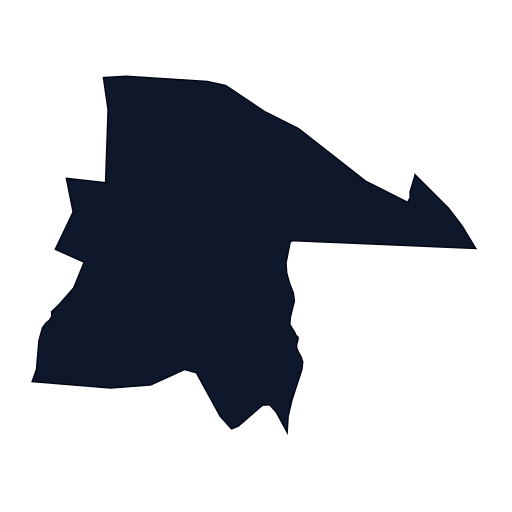 SVG path tracing the border of South Cotabato, rotated 182°
{"feature_id": "PHL-2599", "entity_name": "South Cotabato", "entity_type": "Province", "adm_level": 1, "iso_a3": "PHL", "parent_name": "Philippines", "parent_adm1": "", "projection": "natural_earth1", "projection_center": [124.747, 6.32], "detail": "fine", "context": "isolated", "style": "filled", "palette": "ink", "viewbox_px": 512, "rotation_deg": 182, "n_neighbors": 0, "source": "natural_earth", "source_scale": "10m", "svg_char_len": 973}
<svg xmlns="http://www.w3.org/2000/svg" viewBox="0 0 512 512"><g transform="rotate(182 256 256)"><path d="M218.7,80.9L230.2,100.5L237.1,107.7L244.3,107.2L267.8,85.3L274.4,82.4L286.2,94.6L311.5,137.2L323.5,140.1L356.7,123.5L396.7,119.0L475.3,122.7L471.4,135.0L470.0,163.7L466.9,176.8L463.4,181.8L460.0,184.9L457.9,188.6L458.4,193.1L451.1,200.6L437.1,217.7L427.5,243.8L456.8,255.7L440.3,293.6L448.2,327.0L408.9,324.0L408.9,396.8L414.7,429.0L391.9,431.1L310.8,428.7L292.2,425.3L252.8,400.8L217.7,384.6L149.0,334.6L106.3,314.9L103.9,319.9L104.3,325.2L99.9,342.2L99.9,342.7L99.5,342.3L65.3,310.5L50.8,292.8L36.8,271.3L36.7,271.2L219.8,272.6L222.3,271.4L225.8,250.0L224.7,239.9L221.6,230.1L217.4,220.3L216.1,212.4L219.6,195.7L219.8,188.5L218.7,187.1L214.1,180.0L213.7,178.6L211.1,176.1L211.3,172.9L212.3,169.4L212.3,165.8L210.2,161.3L207.5,156.9L205.6,151.7L206.2,144.3L215.1,113.1L218.3,97.0L218.7,81.1L218.7,80.9Z" fill="#0f172a" stroke="#020617" stroke-width="1.5"/></g></svg>